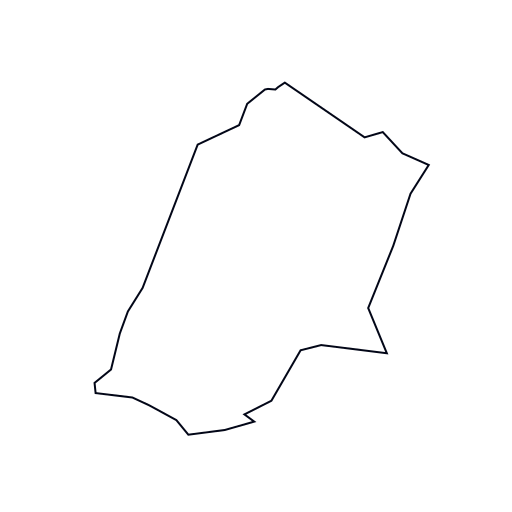 outline of Santa Ana Tavela, Oaxaca, Mexico, rotated 255°
{"feature_id": "50627088B65889438571597", "entity_name": "Santa Ana Tavela", "entity_type": "district", "adm_level": 2, "iso_a3": "MEX", "parent_name": "Mexico", "parent_adm1": "Oaxaca", "projection": "albers", "projection_center": [-95.889, 16.606], "detail": "fine", "context": "isolated", "style": "outline", "palette": "ink", "viewbox_px": 512, "rotation_deg": 255, "n_neighbors": 0, "source": "geoboundaries", "source_scale": "gbopen_adm2", "svg_char_len": 592}
<svg xmlns="http://www.w3.org/2000/svg" viewBox="0 0 512 512"><g transform="rotate(255 256 256)"><path d="M299.2,446.4L317.3,424.0L342.9,410.5L342.5,391.6L416.0,328.7L413.5,321.3L411.8,317.8L414.3,310.8L414.5,307.7L405.3,286.9L386.8,273.6L378.7,228.5L254.5,138.2L235.6,117.9L225.5,110.8L216.4,104.4L183.9,86.6L175.2,67.2L165.1,65.6L151.3,100.0L139.4,114.2L118.1,136.6L100.9,144.4L96.0,181.0L96.1,186.4L96.5,211.4L101.9,207.1L106.0,203.8L112.2,233.4L153.4,274.7L153.1,295.9L128.2,357.2L176.7,350.9L230.3,391.2L276.2,421.4L299.2,446.4Z" fill="none" stroke="#020617" stroke-width="2"/></g></svg>